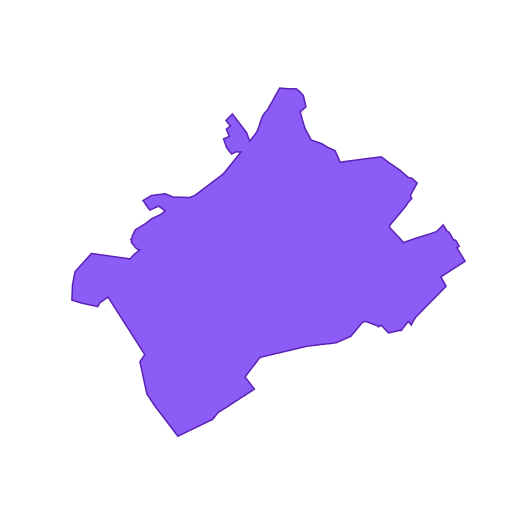 Ipiķu pag., Rujienas, Latvia, rotated 241°
{"feature_id": "27541924B90668433326116", "entity_name": "Ipiķu pag.", "entity_type": "district", "adm_level": 2, "iso_a3": "LVA", "parent_name": "Latvia", "parent_adm1": "Rujienas", "projection": "mercator", "projection_center": [25.158, 58.033], "detail": "fine", "context": "isolated", "style": "filled", "palette": "violet", "viewbox_px": 512, "rotation_deg": 241, "n_neighbors": 0, "source": "geoboundaries", "source_scale": "gbopen_adm2", "svg_char_len": 3892}
<svg xmlns="http://www.w3.org/2000/svg" viewBox="0 0 512 512"><g transform="rotate(241 256 256)"><path d="M192.5,434.8L189.9,426.2L190.3,422.7L190.8,419.8L193.8,405.6L193.9,405.2L196.3,391.5L200.4,390.7L206.5,389.1L213.4,387.4L216.4,386.6L217.7,387.5L217.8,387.7L217.9,388.1L218.8,390.0L221.5,397.2L221.8,398.0L225.4,407.1L227.4,412.1L228.7,414.1L230.8,420.1L231.5,420.1L231.9,420.2L233.2,420.3L234.0,420.3L234.3,420.5L235.5,422.5L238.6,427.4L241.6,432.3L244.5,431.4L248.5,430.0L248.9,429.6L250.6,427.4L260.1,423.9L260.7,423.8L266.5,420.9L273.7,417.3L282.0,413.7L288.9,396.4L291.0,391.0L294.8,381.5L297.1,375.4L297.2,375.0L301.5,375.6L303.2,375.7L305.6,375.9L309.7,376.2L316.4,371.3L316.6,371.2L319.5,369.6L322.3,368.1L322.6,367.8L325.7,365.0L328.8,362.2L329.8,361.3L330.7,360.5L335.7,360.6L340.6,360.7L342.6,360.7L344.5,360.8L348.5,361.7L352.5,362.6L356.6,363.6L360.7,364.6L361.2,367.1L361.7,369.6L361.7,369.8L361.9,370.8L362.2,371.9L362.2,372.0L373.0,375.1L373.5,375.2L377.8,374.1L378.6,374.1L381.2,372.7L382.7,372.4L385.7,366.7L391.3,358.3L391.4,358.1L377.9,336.3L377.9,336.2L377.6,335.0L377.3,334.0L377.1,333.4L376.5,332.0L376.0,331.1L375.4,330.0L374.6,328.8L374.5,328.7L373.7,327.7L373.0,326.9L367.4,320.9L366.1,319.4L364.7,317.6L363.6,315.7L363.0,314.6L362.4,313.2L359.5,306.1L368.4,307.6L371.2,307.2L391.7,304.2L389.0,295.4L382.2,296.7L381.3,291.5L373.5,290.7L374.2,284.4L364.7,282.8L357.0,284.1L356.8,289.0L354.3,293.3L350.6,284.3L344.9,270.4L344.3,269.0L343.8,267.2L343.4,265.5L343.3,264.5L338.6,231.8L339.3,226.4L347.7,212.1L354.5,206.7L359.6,193.9L359.3,184.1L347.7,185.3L346.8,195.0L339.7,198.5L338.6,193.7L338.8,188.8L339.2,182.4L337.9,175.1L337.4,163.0L333.3,157.4L331.6,156.2L331.3,154.5L329.3,154.5L328.4,153.6L326.4,153.9L322.5,154.5L321.1,154.9L319.3,155.7L317.8,157.3L316.4,150.1L314.6,144.4L322.0,134.5L338.0,113.3L330.0,90.1L319.7,81.5L311.0,76.2L306.7,73.6L299.9,80.0L288.5,93.0L290.9,97.1L290.9,98.2L291.7,105.7L291.8,106.6L290.7,106.7L261.0,108.6L250.6,109.3L223.7,110.9L219.8,103.2L188.3,93.7L173.9,94.8L153.7,97.8L136.2,100.3L135.7,111.3L135.2,119.4L135.0,122.7L134.5,132.9L134.1,138.9L134.7,140.1L134.8,140.3L135.0,140.6L134.8,140.6L136.7,145.0L137.5,146.9L137.4,146.9L137.7,150.8L137.7,151.0L138.0,157.0L138.0,157.5L138.8,167.4L139.4,175.5L139.4,176.0L139.6,178.6L139.4,178.6L139.4,179.0L139.6,179.3L139.7,180.7L140.1,187.0L140.3,189.6L140.4,190.1L155.3,187.8L155.5,187.8L157.4,192.0L157.7,192.7L158.5,194.5L159.8,197.5L160.4,198.6L161.8,202.2L162.9,204.6L163.8,206.7L164.8,208.9L165.2,210.0L165.2,211.0L164.8,212.2L164.4,214.1L163.6,216.6L163.0,218.9L162.2,221.6L161.6,223.8L161.2,225.7L160.4,228.2L159.6,230.8L159.1,232.8L158.4,235.4L157.4,238.7L156.4,242.3L156.1,243.7L155.6,245.2L154.9,247.8L154.2,250.5L153.4,253.3L153.3,253.5L152.5,256.4L152.2,257.2L151.0,260.3L150.1,262.4L149.7,263.3L148.7,265.7L147.2,270.0L146.3,271.7L144.9,275.2L143.0,279.4L142.0,282.3L141.2,284.1L141.0,286.8L140.3,294.4L140.2,295.4L140.1,296.4L139.9,298.2L139.9,299.1L139.8,300.0L139.9,300.4L140.3,301.4L140.7,302.3L141.0,303.2L143.5,309.7L143.8,310.4L145.1,313.7L145.6,314.9L145.9,315.7L146.3,317.0L146.1,318.6L146.1,319.1L145.3,320.4L144.6,321.0L144.3,321.3L141.1,324.2L138.4,326.3L137.0,327.6L135.6,328.6L134.7,328.8L134.7,330.4L134.8,331.5L134.6,331.9L132.3,332.7L125.8,334.2L124.7,334.6L124.4,334.8L124.5,334.9L124.4,335.0L124.2,335.4L124.0,336.1L123.2,339.0L122.4,341.4L122.5,341.4L121.0,346.6L120.9,347.1L120.7,346.6L120.3,346.9L121.5,349.2L122.2,351.1L123.4,353.7L125.0,357.5L120.4,358.3L120.5,358.4L123.7,363.6L123.9,364.0L124.1,364.4L125.0,365.8L125.6,367.9L129.6,381.1L130.4,383.9L132.1,389.8L135.3,400.6L137.4,407.6L148.1,407.6L148.9,418.9L149.6,429.1L149.8,432.9L150.0,436.3L155.0,436.2L165.6,435.7L165.9,435.7L165.9,437.9L165.9,438.4L172.9,438.3L174.6,436.6L182.9,436.4L183.5,436.3L184.9,435.2L192.5,434.8Z" fill="#8b5cf6" stroke="#5b21b6" stroke-width="1.5"/></g></svg>